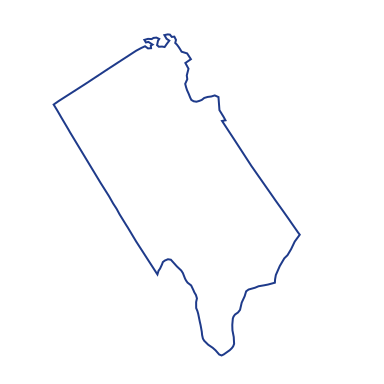 outline of Terra Roxa, Paraná, Brazil, rotated 147°
{"feature_id": "56859067B44295253149828", "entity_name": "Terra Roxa", "entity_type": "district", "adm_level": 2, "iso_a3": "BRA", "parent_name": "Brazil", "parent_adm1": "Paraná", "projection": "mercator", "projection_center": [-54.077, -24.189], "detail": "fine", "context": "isolated", "style": "outline", "palette": "blue", "viewbox_px": 384, "rotation_deg": 147, "n_neighbors": 0, "source": "geoboundaries", "source_scale": "gbopen_adm2", "svg_char_len": 1979}
<svg xmlns="http://www.w3.org/2000/svg" viewBox="0 0 384 384"><g transform="rotate(147 192 192)"><path d="M171.9,70.8L169.9,73.5L166.9,76.7L158.7,82.1L150.7,86.1L146.3,87.0L140.0,90.1L132.8,94.5L124.9,97.5L125.1,100.5L125.5,112.6L125.6,116.7L125.8,121.6L126.0,126.9L126.3,133.4L126.6,140.0L126.7,143.7L127.8,175.8L128.0,181.3L128.0,195.4L128.0,210.5L128.1,235.2L124.9,233.9L124.6,237.6L124.4,245.7L118.1,257.2L120.3,260.6L123.8,261.6L127.1,263.2L130.5,264.2L133.7,263.9L136.2,264.4L139.1,265.3L141.2,267.2L142.4,269.6L142.1,272.1L141.3,276.1L140.7,280.1L139.9,283.1L138.8,286.4L134.5,289.2L132.9,292.6L127.8,297.3L127.3,303.8L120.6,304.0L120.6,310.9L124.3,315.3L124.2,318.4L124.2,321.0L124.4,324.0L124.9,326.1L122.6,328.3L122.2,331.9L124.5,333.1L124.8,336.0L126.5,337.4L129.7,338.6L129.9,334.4L128.6,331.3L132.0,330.1L136.0,328.5L137.8,330.2L140.7,331.9L141.3,334.2L138.2,337.3L136.1,338.2L137.8,340.9L140.4,342.2L142.5,342.2L145.5,344.4L149.1,345.5L149.2,342.5L146.8,341.6L144.8,337.1L146.8,337.2L148.0,334.9L150.7,336.4L152.0,339.8L156.0,340.4L161.9,340.9L182.9,340.9L195.1,340.9L222.2,340.7L240.0,340.8L254.0,340.9L260.4,340.7L260.6,333.5L261.0,325.9L261.6,311.6L261.8,308.3L263.7,249.5L263.9,233.6L264.4,225.3L264.4,218.8L264.9,212.7L265.2,199.6L265.2,197.4L265.8,180.9L265.9,141.7L262.9,144.2L260.6,145.1L256.6,147.6L254.6,149.1L252.1,149.3L248.8,148.7L246.6,146.7L245.2,137.8L243.8,132.0L243.8,129.0L245.0,123.2L245.2,121.1L245.1,118.4L243.6,114.1L244.3,108.8L244.7,106.5L244.8,103.5L245.8,100.1L248.5,97.4L251.7,92.4L252.3,89.2L253.1,86.6L256.2,78.7L257.3,75.7L259.9,69.5L261.4,66.6L262.7,63.1L262.8,60.6L261.6,55.1L259.5,50.1L258.5,46.5L257.7,40.9L256.2,38.8L253.9,38.5L246.4,38.8L243.8,39.3L241.6,40.1L239.4,41.7L236.0,47.6L233.4,54.0L230.6,58.6L226.7,63.6L225.0,64.9L222.7,65.8L219.0,65.9L215.9,67.0L210.5,72.2L204.6,75.9L200.7,79.2L197.7,79.4L191.3,77.4L187.5,76.7L182.4,74.5L178.7,73.0L174.4,71.6L171.9,70.8Z" fill="none" stroke="#1e3a8a" stroke-width="2"/></g></svg>